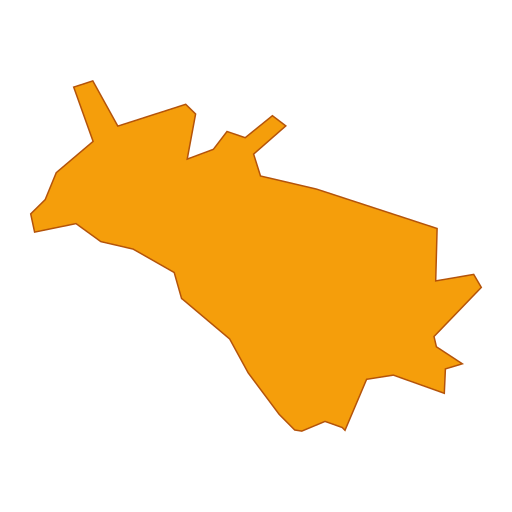 outline of Bulakbashi, Andijon, Uzbekistan
{"feature_id": "79887680B25262696508510", "entity_name": "Bulakbashi", "entity_type": "district", "adm_level": 2, "iso_a3": "UZB", "parent_name": "Uzbekistan", "parent_adm1": "Andijon", "projection": "mercator", "projection_center": [72.458, 40.641], "detail": "fine", "context": "isolated", "style": "filled", "palette": "amber", "viewbox_px": 512, "rotation_deg": 0, "n_neighbors": 0, "source": "geoboundaries", "source_scale": "gbopen_adm2", "svg_char_len": 660}
<svg xmlns="http://www.w3.org/2000/svg" viewBox="0 0 512 512"><path d="M73.7,87.1L93.1,141.4L56.3,172.6L45.2,199.6L30.7,213.9L34.6,232.1L76.0,223.6L100.8,241.6L133.1,249.1L174.2,272.5L181.6,298.6L182.3,299.0L229.7,339.0L248.2,372.9L279.2,414.4L294.7,430.0L301.8,431.1L325.0,421.4L342.2,427.5L345.0,430.3L366.6,379.3L393.3,375.1L444.3,393.3L445.4,368.9L462.3,363.8L436.4,346.8L434.0,336.5L481.3,287.4L473.7,274.4L435.7,280.9L437.1,228.5L316.5,189.1L260.5,176.0L253.6,154.1L285.8,125.9L272.4,115.7L245.2,137.7L227.0,131.5L213.4,149.3L187.2,159.1L195.6,114.0L185.7,104.3L117.8,126.1L92.8,80.9L73.7,87.1Z" fill="#f59e0b" stroke="#b45309" stroke-width="1.5"/></svg>